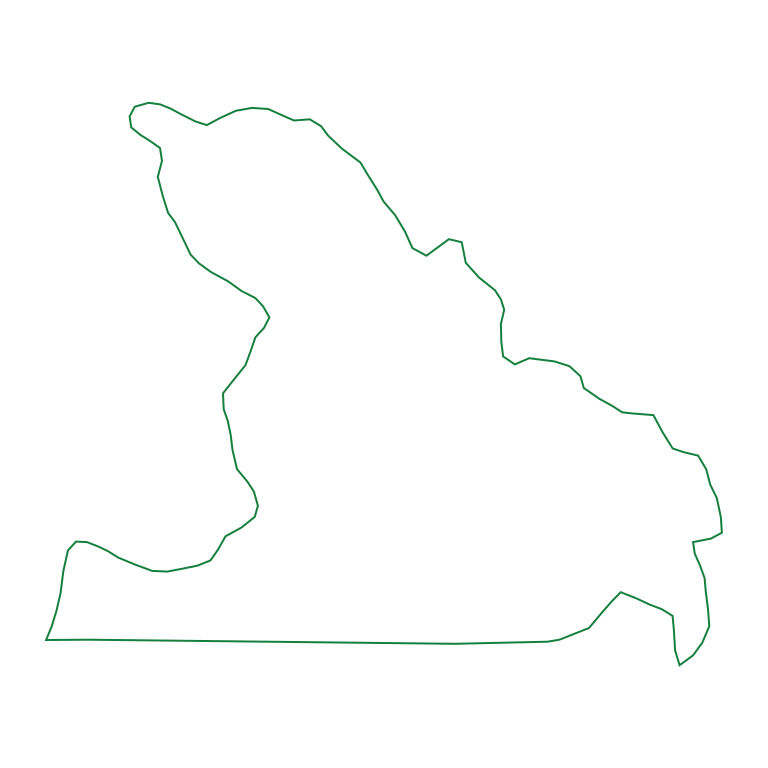 outline of Cipó, Bahia, Brazil
{"feature_id": "56859067B81796628868211", "entity_name": "Cipó", "entity_type": "district", "adm_level": 2, "iso_a3": "BRA", "parent_name": "Brazil", "parent_adm1": "Bahia", "projection": "albers", "projection_center": [-38.527, -11.094], "detail": "fine", "context": "isolated", "style": "outline", "palette": "green", "viewbox_px": 768, "rotation_deg": 0, "n_neighbors": 0, "source": "geoboundaries", "source_scale": "gbopen_adm2", "svg_char_len": 1761}
<svg xmlns="http://www.w3.org/2000/svg" viewBox="0 0 768 768"><path d="M268.2,109.0L252.0,107.9L235.8,110.8L220.1,118.0L206.8,125.1L195.3,121.4L180.2,113.8L170.6,108.6L160.2,104.4L148.7,102.8L134.8,106.7L129.6,116.4L131.2,127.4L140.4,134.9L149.9,140.9L160.0,148.0L162.0,160.8L157.8,176.9L162.9,196.4L168.1,212.9L175.1,222.3L182.1,236.9L190.6,254.6L198.9,263.3L210.9,272.0L228.2,281.4L241.5,291.0L255.4,298.1L263.1,306.4L269.4,317.4L264.0,327.9L255.4,337.3L250.9,350.4L245.5,365.1L234.1,379.3L223.0,393.3L223.7,409.3L227.8,421.0L230.7,435.0L232.5,449.9L237.0,469.1L247.3,481.5L253.9,491.6L257.9,505.8L254.8,516.8L241.7,527.4L225.5,536.3L217.9,549.8L210.5,560.4L197.6,565.6L180.3,569.1L167.3,571.6L152.2,570.9L134.9,564.5L118.3,557.6L107.7,551.0L98.0,546.4L87.0,542.1L76.0,541.6L67.9,550.5L63.4,570.9L60.5,593.4L56.4,611.1L51.7,626.4L46.1,640.0L88.1,639.7L455.2,643.8L547.6,641.7L559.5,639.7L572.3,634.6L589.0,628.0L601.3,613.3L612.1,601.0L620.7,592.2L636.0,598.2L649.7,604.6L661.8,609.2L672.6,615.9L674.0,631.5L675.1,650.5L679.6,665.2L693.1,655.3L702.3,642.7L709.3,626.2L708.0,609.2L705.7,590.9L704.6,578.1L699.9,565.2L694.7,553.5L693.1,542.1L710.9,538.6L721.9,532.7L720.8,516.9L716.8,498.1L710.2,484.5L706.2,469.2L698.1,455.6L683.9,452.2L672.7,448.5L662.6,432.3L653.4,415.1L632.9,413.5L622.1,412.3L612.9,406.3L599.4,398.8L583.8,388.0L580.5,376.3L569.5,366.2L554.4,361.4L541.8,359.8L529.2,358.2L514.8,364.4L503.1,356.4L501.3,341.5L500.9,324.0L504.2,309.8L500.9,299.3L495.0,290.3L479.0,277.5L465.8,262.8L461.7,242.2L448.9,239.2L426.4,255.7L412.4,248.1L405.0,231.6L395.1,215.1L383.6,201.6L377.8,190.8L367.9,175.0L360.5,162.6L342.0,148.7L328.1,135.6L321.1,126.2L309.8,119.3L294.1,120.5L283.1,115.7L268.2,109.0Z" fill="none" stroke="#15803d" stroke-width="2"/></svg>